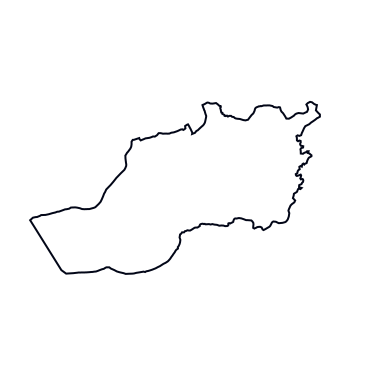 Ovia South-West, Edo, Nigeria (Natural Earth projection), rotated 237°
{"feature_id": "59680162B58622494857171", "entity_name": "Ovia South-West", "entity_type": "district", "adm_level": 2, "iso_a3": "NGA", "parent_name": "Nigeria", "parent_adm1": "Edo", "projection": "natural_earth1", "projection_center": [5.256, 6.471], "detail": "fine", "context": "isolated", "style": "outline", "palette": "ink", "viewbox_px": 384, "rotation_deg": 237, "n_neighbors": 0, "source": "geoboundaries", "source_scale": "gbopen_adm2", "svg_char_len": 5774}
<svg xmlns="http://www.w3.org/2000/svg" viewBox="0 0 384 384"><g transform="rotate(237 192 192)"><path d="M196.9,344.1L197.5,343.5L199.2,342.4L201.9,341.5L203.3,340.1L203.5,337.5L203.1,335.6L200.5,335.3L198.1,334.4L196.6,332.2L197.2,328.0L199.2,325.6L200.2,324.4L200.9,322.2L200.9,320.3L200.5,319.2L200.5,318.0L200.5,315.6L200.7,313.2L202.2,311.1L204.7,311.3L208.4,311.3L210.8,310.8L212.8,311.1L213.5,311.4L215.0,311.9L215.9,311.1L216.4,309.4L218.8,306.8L220.2,306.4L222.4,304.2L224.1,301.5L225.5,299.3L226.2,296.9L226.7,296.4L226.9,295.5L227.4,294.9L227.5,294.1L227.8,292.9L227.9,291.8L227.8,290.9L227.2,289.9L226.2,288.9L225.7,288.2L224.5,286.2L224.1,283.9L223.5,282.2L222.8,280.2L222.1,278.4L222.6,276.9L222.9,275.9L224.4,274.2L227.2,271.9L228.6,270.1L229.8,268.8L230.7,268.2L232.2,267.8L233.2,266.6L234.6,266.2L235.6,264.6L235.7,263.2L236.3,262.9L237.0,262.9L237.5,261.3L238.1,260.8L238.9,261.2L239.6,260.8L241.1,260.0L241.9,260.6L242.7,259.9L244.4,260.5L245.5,261.0L246.6,261.2L247.3,261.6L247.6,262.5L248.6,262.8L249.2,261.9L250.9,261.5L251.7,261.3L253.5,260.6L254.9,257.4L256.3,255.5L257.8,254.6L258.7,253.5L258.8,252.4L258.8,251.2L258.9,249.9L259.1,249.1L259.2,248.1L256.5,247.4L254.5,247.0L254.1,246.8L253.2,246.8L251.7,246.3L249.7,245.7L248.6,245.5L248.0,245.3L247.0,244.5L246.4,243.9L245.2,242.7L243.7,241.2L243.0,240.3L242.2,238.7L241.8,237.4L241.6,235.8L241.1,232.8L240.6,230.4L240.8,229.0L240.0,226.6L240.2,225.8L240.6,223.7L241.2,224.3L241.8,224.6L246.2,225.2L247.5,225.2L248.3,225.4L250.9,225.5L251.1,224.7L251.1,222.2L250.5,221.8L249.0,221.2L248.7,219.9L248.8,218.5L249.7,218.2L250.5,216.7L250.8,214.4L251.0,213.0L251.9,209.3L252.3,208.4L253.0,206.9L253.3,204.9L254.1,203.5L255.5,201.5L256.7,199.4L257.8,198.4L258.7,197.4L259.5,196.0L258.7,193.7L258.7,192.3L258.7,191.0L259.8,189.6L260.1,187.9L260.6,185.9L261.5,183.9L262.3,182.2L262.6,180.2L262.9,178.8L263.2,177.1L263.9,177.0L264.9,176.8L266.0,177.1L267.4,171.7L268.0,170.7L267.7,170.0L267.1,168.7L264.9,167.3L263.1,165.7L262.0,164.0L260.6,160.3L260.3,159.0L258.8,155.9L257.7,155.3L256.6,154.6L254.0,153.3L253.1,152.9L252.6,152.6L251.1,152.0L249.7,151.0L248.3,149.0L247.4,147.3L246.5,142.6L245.7,139.2L245.2,137.1L245.1,136.5L244.2,133.9L243.4,131.5L242.2,127.5L241.6,124.8L240.8,121.4L239.3,119.1L238.5,117.4L236.8,115.1L235.0,112.4L233.6,110.1L233.0,108.1L232.8,107.4L231.9,102.7L232.2,101.0L233.6,96.6L235.3,93.9L236.1,92.5L237.6,90.5L239.5,89.1L241.5,87.1L242.7,85.7L244.9,82.0L244.9,79.9L245.8,77.6L246.6,76.0L246.6,75.9L247.2,73.2L248.0,69.8L248.9,68.1L249.2,66.4L250.3,63.4L251.4,59.7L252.6,56.6L254.8,52.9L254.8,51.5L255.4,48.5L256.2,47.0L257.1,44.6L256.5,40.9L249.2,40.8L197.6,39.9L192.1,42.0L188.6,48.2L186.6,52.2L186.3,52.9L183.1,58.0L182.3,59.3L180.8,62.0L179.7,64.1L179.1,65.1L178.5,66.5L177.6,68.2L177.1,70.2L176.8,71.8L176.5,73.2L176.2,74.5L175.6,76.2L175.6,78.2L175.4,79.3L173.9,81.6L171.9,82.3L170.4,83.3L168.7,84.4L166.3,85.7L164.3,87.4L161.1,90.5L159.4,91.8L157.6,94.9L156.2,97.2L155.3,98.9L154.5,101.3L153.3,104.0L151.6,108.0L150.4,109.1L150.4,110.4L149.6,112.4L149.0,114.5L148.4,116.8L148.4,117.0L147.8,119.9L147.6,122.5L147.3,124.6L147.3,126.6L147.3,127.6L147.3,128.9L147.0,131.3L147.0,134.0L147.3,135.3L147.9,137.4L148.0,137.6L148.8,139.4L149.4,141.1L150.0,142.4L150.9,144.8L151.5,145.8L152.1,147.4L152.2,149.4L153.5,150.1L153.8,151.1L155.0,153.1L155.6,153.8L156.2,154.5L158.2,156.2L160.6,156.8L162.9,158.9L162.9,159.9L163.0,160.3L163.6,161.7L163.0,162.5L162.5,163.4L163.0,164.6L162.6,165.6L162.4,167.3L161.4,168.4L160.7,169.5L160.6,171.0L160.6,174.7L160.1,175.9L159.2,177.3L159.2,178.3L159.2,179.9L159.6,180.1L159.8,180.2L160.3,181.2L160.2,182.3L159.5,183.8L158.7,184.4L158.3,185.4L157.7,185.6L157.1,186.5L155.8,188.8L154.6,189.9L154.0,191.6L152.5,193.0L150.8,195.1L148.9,196.5L147.8,198.6L146.7,200.1L145.3,201.2L144.9,202.0L144.3,202.9L144.2,204.2L144.9,204.7L145.8,205.3L145.7,206.2L144.8,206.8L144.7,208.2L144.5,209.3L144.5,210.3L145.6,211.4L146.0,212.1L146.4,213.0L146.3,213.8L145.5,214.9L144.6,217.2L143.0,219.0L140.7,220.8L139.0,222.0L138.1,223.3L136.9,224.9L136.0,226.0L135.8,226.3L134.4,226.6L132.7,226.6L132.4,226.4L131.6,226.1L130.0,224.8L128.6,223.8L127.4,224.4L127.4,224.6L127.1,226.1L127.1,227.0L126.8,228.2L125.7,230.2L124.3,231.1L122.1,230.8L121.1,231.3L121.0,232.5L120.9,233.3L120.8,235.9L120.7,238.0L121.0,239.2L121.9,240.8L122.9,242.5L123.0,244.1L121.4,246.1L118.7,247.7L118.1,248.7L116.8,251.2L116.0,253.7L116.0,255.0L116.8,257.3L118.7,259.8L121.3,262.1L123.0,262.5L123.8,262.7L124.8,263.9L127.0,267.3L127.1,267.8L127.4,269.0L127.6,272.2L128.7,273.9L130.0,273.6L131.0,273.5L131.9,273.3L132.8,274.4L133.8,275.5L135.0,276.5L135.0,278.3L134.9,279.6L135.1,280.4L135.8,281.2L136.7,282.7L136.4,283.6L135.4,284.5L135.7,286.1L137.7,284.4L138.7,285.1L139.4,285.7L139.0,288.1L139.8,289.4L140.0,290.6L141.0,291.6L142.1,292.0L142.8,291.6L143.3,290.2L144.4,290.2L144.9,291.0L146.5,292.6L147.4,292.6L147.7,291.0L148.3,288.7L148.9,288.4L149.7,288.4L150.5,288.8L150.4,290.5L151.9,292.0L152.4,293.2L152.4,294.7L153.2,295.0L153.8,295.3L154.7,295.8L154.6,297.4L153.5,297.9L155.1,299.6L155.2,300.8L153.9,301.1L154.2,302.1L153.8,303.8L155.6,305.9L156.5,307.4L157.1,308.7L156.9,311.6L157.7,312.2L160.6,311.3L161.6,310.4L162.7,311.9L163.5,310.7L163.2,310.0L163.7,307.3L163.6,305.9L165.0,304.2L166.5,305.1L167.5,305.7L168.6,306.1L169.1,306.7L169.3,307.6L168.8,309.4L169.8,310.2L171.6,308.5L172.9,308.6L173.5,308.9L174.5,310.3L175.7,310.9L176.7,310.0L176.8,308.6L178.1,308.1L180.4,309.5L181.9,309.9L182.0,311.4L180.6,312.6L180.2,314.5L181.6,316.2L182.8,318.2L184.4,320.6L185.5,322.9L185.0,327.3L185.4,329.7L185.4,331.7L185.5,334.6L185.8,337.4L185.6,338.1L185.5,340.3L187.4,341.5L189.4,341.0L190.5,340.8L193.0,340.4L196.9,344.1Z" fill="none" stroke="#020617" stroke-width="2"/></g></svg>